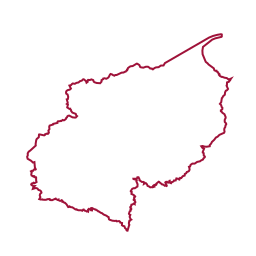 Andilamena, Alaotra-Mangoro, Madagascar, rotated 96°
{"feature_id": "10022922B97539486376385", "entity_name": "Andilamena", "entity_type": "district", "adm_level": 2, "iso_a3": "MDG", "parent_name": "Madagascar", "parent_adm1": "Alaotra-Mangoro", "projection": "natural_earth1", "projection_center": [48.448, -16.737], "detail": "fine", "context": "isolated", "style": "outline", "palette": "rose", "viewbox_px": 256, "rotation_deg": 96, "n_neighbors": 0, "source": "geoboundaries", "source_scale": "gbopen_adm2", "svg_char_len": 5872}
<svg xmlns="http://www.w3.org/2000/svg" viewBox="0 0 256 256"><g transform="rotate(96 128 128)"><path d="M215.3,158.9L214.3,158.8L213.4,159.2L212.5,158.5L213.0,157.0L213.7,156.2L213.7,155.2L212.8,155.3L212.4,155.9L211.6,156.3L211.3,155.5L212.4,152.7L212.4,151.6L213.0,151.0L213.1,150.1L214.0,148.9L213.9,148.6L215.2,146.1L215.4,145.0L216.6,143.2L217.5,140.2L218.3,139.0L218.6,138.0L220.7,137.4L221.1,136.9L221.8,133.9L221.8,131.5L221.5,130.0L222.0,129.5L221.5,127.0L222.1,126.1L222.9,125.8L223.1,124.0L225.3,123.9L225.8,123.0L226.1,121.3L227.7,120.6L229.0,118.9L229.8,118.8L230.3,118.0L231.0,117.9L225.0,116.8L224.2,116.5L223.3,117.1L221.4,117.2L220.8,116.7L220.0,116.9L218.8,115.2L218.2,116.0L216.2,117.1L214.2,116.6L213.9,117.5L213.2,118.1L210.7,117.6L210.0,116.7L208.9,117.0L208.5,116.3L207.5,116.4L207.0,117.4L206.4,117.5L205.5,116.8L203.9,116.6L203.6,115.5L202.5,114.4L203.0,113.4L202.2,113.5L200.9,112.9L199.7,113.8L199.1,113.7L199.0,114.8L198.6,114.9L197.2,114.4L196.2,114.7L195.9,114.5L195.8,113.9L195.3,113.7L194.0,115.4L193.2,117.7L191.2,117.6L190.8,118.6L190.5,118.7L188.0,117.4L187.3,116.1L187.2,114.9L185.2,112.5L182.9,112.6L180.2,114.1L179.0,113.8L178.6,114.6L178.2,117.2L177.9,117.3L177.6,114.4L176.9,113.7L176.0,113.5L175.9,112.4L178.0,111.1L178.8,111.1L180.2,108.5L180.0,107.2L180.4,106.2L181.9,106.3L181.0,105.2L181.0,104.4L181.7,103.8L182.0,103.2L183.5,102.5L184.0,100.8L184.7,99.7L184.4,98.5L184.4,97.3L183.6,95.7L183.3,96.0L183.2,97.0L182.9,97.0L181.8,95.8L181.9,94.9L181.6,94.0L181.2,93.8L180.5,94.1L178.2,91.9L178.3,91.4L179.6,89.8L179.9,88.9L180.5,88.4L180.7,86.8L181.6,85.4L181.2,84.8L181.7,83.7L181.4,83.4L181.0,83.6L178.2,85.2L177.6,84.6L177.4,83.6L178.1,82.8L178.1,82.1L177.3,81.5L176.2,81.3L176.1,81.0L178.0,80.7L178.4,79.4L177.2,78.8L177.0,78.1L176.2,77.0L175.4,76.8L175.2,75.1L173.1,74.6L173.3,73.7L173.1,73.0L173.7,72.4L173.9,71.5L172.2,71.0L172.2,69.8L170.2,68.5L169.4,66.7L167.8,66.7L166.9,65.4L165.6,64.9L165.2,63.9L164.4,62.9L163.1,62.4L161.3,62.8L160.2,63.3L159.7,62.2L158.1,61.9L156.7,60.3L156.4,57.9L154.5,55.7L153.6,52.9L152.9,52.3L151.4,50.0L150.5,49.9L149.1,48.6L148.3,48.6L147.4,49.8L145.1,50.1L144.6,51.1L144.1,51.2L140.6,50.2L140.0,51.9L138.5,53.2L138.1,52.0L138.5,49.7L138.4,47.8L137.6,44.8L136.4,44.9L134.8,43.7L133.1,43.1L130.7,41.0L128.3,39.6L127.3,38.0L125.3,36.4L122.7,31.9L121.5,31.6L119.9,32.1L118.3,32.1L117.0,31.4L115.1,31.3L114.2,30.7L113.2,30.9L112.0,32.3L110.9,32.6L109.4,32.6L108.0,32.0L107.0,32.0L104.2,33.5L103.0,35.7L102.3,36.3L101.6,37.4L100.7,37.5L100.0,36.6L99.5,36.2L98.1,36.2L97.4,37.0L95.4,37.8L94.4,39.1L92.6,38.0L88.5,37.8L87.8,37.2L86.5,36.8L84.8,35.2L82.4,35.2L80.7,34.6L80.0,33.4L78.7,32.6L75.8,34.3L75.4,34.4L75.1,34.1L72.3,34.3L71.5,32.5L70.3,32.2L70.0,31.4L69.2,31.3L68.1,30.7L68.8,31.9L69.0,33.5L68.0,35.0L67.9,37.2L67.3,39.5L67.4,40.2L66.6,42.1L65.7,43.0L65.3,42.5L64.9,42.6L63.7,44.2L62.8,44.7L62.6,45.7L61.8,46.0L62.0,46.8L61.6,48.1L59.7,48.9L56.3,54.7L55.5,55.4L54.1,57.6L46.9,61.5L43.3,62.1L39.5,61.9L31.3,53.5L29.7,50.5L27.6,44.6L27.2,44.3L25.2,44.5L25.0,45.3L25.9,48.6L27.5,52.9L29.5,56.7L59.6,98.1L62.1,99.2L62.5,101.9L64.3,103.9L64.8,106.5L65.6,107.9L67.1,109.4L67.0,109.9L66.4,110.4L66.5,112.2L65.9,112.8L65.0,114.5L65.2,116.6L66.4,119.1L66.3,121.5L66.1,122.2L64.2,123.3L63.1,125.5L63.1,126.1L65.9,129.8L66.3,131.7L66.8,132.6L68.4,134.3L69.6,134.5L69.9,135.0L70.6,134.8L71.0,135.1L71.2,135.6L72.2,136.2L72.4,137.0L73.3,138.2L73.6,140.1L76.5,144.9L76.6,146.2L77.4,147.0L77.0,148.4L76.4,149.4L76.1,151.0L77.0,151.6L79.4,152.5L80.5,153.5L81.3,154.8L81.0,156.5L81.4,157.8L82.1,157.9L83.1,159.3L84.7,159.2L86.4,160.4L86.5,163.8L86.0,166.1L85.5,166.9L84.0,167.6L83.5,169.5L84.3,171.0L84.3,172.7L84.8,173.1L86.3,172.9L87.3,174.0L85.8,174.7L84.3,176.8L84.2,177.5L84.5,178.0L85.5,178.6L86.3,180.1L86.4,180.6L87.9,182.0L88.5,184.0L89.6,185.5L89.5,187.6L90.1,188.3L91.3,189.1L91.9,190.7L94.8,188.9L96.0,190.0L96.5,191.7L97.4,192.9L98.3,193.3L99.5,193.3L100.3,193.0L101.0,191.6L103.3,190.7L105.4,190.8L105.9,191.9L109.1,190.6L109.8,190.6L110.5,191.3L111.1,190.2L113.9,190.6L115.1,188.3L114.9,187.5L115.4,187.4L116.1,186.5L117.1,186.3L118.5,184.9L119.4,181.5L121.0,180.7L121.5,179.9L123.0,181.0L123.2,181.7L123.2,184.3L121.8,187.8L122.1,188.8L122.7,189.5L123.8,189.8L124.4,190.5L125.3,190.6L126.8,192.0L127.1,192.6L126.8,193.8L128.0,195.0L127.9,195.6L128.3,196.2L128.7,198.4L129.4,198.8L130.3,198.7L131.7,202.8L132.3,202.8L133.8,206.2L135.1,206.5L137.3,206.0L138.9,206.9L140.9,206.2L142.1,206.9L142.2,207.4L141.9,207.6L142.4,208.9L143.0,209.5L143.0,209.8L143.6,209.9L144.1,210.6L143.6,215.2L143.8,215.8L146.6,215.8L148.4,217.6L149.6,218.0L153.6,218.2L155.1,217.9L160.8,223.0L161.9,224.3L163.7,225.1L165.6,224.8L167.2,225.3L169.1,224.6L170.7,221.0L172.3,218.9L171.7,217.5L176.9,216.5L178.7,215.4L179.0,215.6L178.9,216.9L180.6,218.1L180.5,218.9L181.2,220.0L182.4,219.1L184.2,219.4L185.4,218.9L185.7,217.9L185.7,216.1L186.0,215.9L186.4,216.4L186.9,215.0L186.6,214.4L186.8,214.2L189.7,213.9L191.3,213.3L192.7,215.2L192.3,216.0L192.9,216.4L192.9,217.3L193.5,218.1L194.2,218.4L194.7,218.1L195.7,216.1L195.5,214.8L197.4,216.1L198.5,216.3L197.4,213.7L197.4,212.6L197.7,211.7L199.0,210.5L199.2,209.1L200.1,207.8L201.4,207.3L202.6,208.4L203.8,208.7L204.4,208.7L205.9,207.9L208.0,208.8L208.3,207.1L207.9,205.9L208.2,205.4L208.1,203.1L207.9,201.8L207.2,200.8L207.3,200.3L206.8,198.9L207.1,198.0L207.7,198.0L207.8,197.6L207.7,195.9L205.8,192.6L206.3,192.3L206.3,191.8L206.9,190.5L206.5,189.8L206.9,189.8L207.5,188.3L207.5,187.4L206.7,186.4L207.1,185.7L208.3,185.5L208.2,184.6L209.0,183.5L209.0,182.8L210.4,181.1L212.9,179.2L212.8,178.6L212.2,178.4L212.0,178.0L212.7,176.7L212.7,175.0L214.5,171.7L214.2,170.6L214.7,170.2L215.0,168.5L214.7,165.9L215.1,164.9L213.8,164.0L213.7,163.5L214.3,163.1L214.8,162.2L214.7,161.6L215.4,160.2L215.0,159.5L215.3,158.9Z" fill="none" stroke="#9f1239" stroke-width="2"/></g></svg>